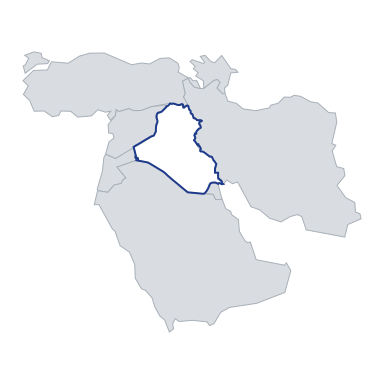 Iraq highlighted among its neighbors
{"feature_id": "IRQ", "entity_name": "Iraq", "entity_type": "country or territory", "adm_level": 0, "iso_a3": "IRQ", "parent_name": "Asia", "parent_adm1": "", "projection": "robinson", "projection_center": [44.579, 33.218], "detail": "fine", "context": "with_neighbors", "style": "outline", "palette": "blue", "viewbox_px": 384, "rotation_deg": 0, "n_neighbors": 7, "source": "natural_earth", "source_scale": "50m", "svg_char_len": 6342}
<svg xmlns="http://www.w3.org/2000/svg" viewBox="0 0 384 384"><path d="M103.9,157.5L105.6,154.1L115.6,158.4L133.8,146.8L137.2,160.0L117.0,167.1L125.9,178.0L122.8,179.9L121.2,183.5L114.2,185.0L107.8,192.3L97.6,190.6L97.3,189.0L102.3,171.6L103.9,157.5Z" fill="#d9dde1" stroke="#a8b0b8" stroke-width="1"/><path d="M217.9,183.8L222.1,199.3L215.5,199.6L213.2,194.4L204.9,193.4L211.7,182.9L217.9,183.8Z" fill="#d9dde1" stroke="#a8b0b8" stroke-width="1"/><path d="M223.3,184.4L218.2,178.6L218.0,172.8L215.1,172.8L216.5,165.0L211.7,156.7L200.5,150.7L194.1,140.4L196.2,131.9L200.8,128.1L200.1,121.8L194.1,118.5L183.4,96.9L185.1,93.6L182.4,81.1L188.4,78.0L189.8,82.1L194.3,87.1L200.5,88.6L203.7,88.3L214.1,80.2L217.4,79.4L220.1,82.6L217.1,88.0L222.7,93.7L224.9,93.1L227.9,101.1L236.5,103.4L242.8,108.8L255.6,110.7L269.6,107.8L270.4,105.3L278.2,103.2L284.3,97.0L290.3,97.3L294.1,95.3L300.5,96.3L310.7,101.8L317.9,103.0L328.7,112.6L335.4,113.0L336.8,122.1L331.8,143.6L335.8,145.2L332.2,151.1L336.7,166.7L343.7,168.5L344.9,175.6L337.0,185.4L345.7,197.7L354.8,202.5L355.5,212.1L360.0,213.8L361.0,218.9L347.8,224.5L344.7,237.1L306.2,229.9L301.8,216.6L297.3,214.6L290.2,216.6L281.0,221.9L269.5,218.2L259.9,209.9L251.0,206.8L237.6,182.0L232.6,183.7L226.7,180.1L223.3,184.4Z" fill="#d9dde1" stroke="#a8b0b8" stroke-width="1"/><path d="M105.6,154.1L109.0,141.9L114.1,137.8L112.7,133.6L108.7,133.0L108.1,124.7L115.4,115.5L116.1,109.4L118.9,111.5L128.9,108.5L133.7,110.6L141.1,110.5L151.5,106.5L166.5,105.0L161.9,111.7L156.9,114.4L157.7,122.3L154.1,135.5L115.6,158.4L105.6,154.1Z" fill="#d9dde1" stroke="#a8b0b8" stroke-width="1"/><path d="M188.3,105.6L184.0,107.4L180.8,104.7L170.4,103.3L151.5,106.5L141.1,110.5L133.7,110.6L128.9,108.5L118.9,111.5L116.1,109.4L115.4,115.5L110.4,120.2L107.3,115.3L110.8,111.2L105.3,112.2L97.8,109.7L91.4,115.9L77.7,117.1L70.7,111.3L61.0,111.0L58.7,115.5L52.4,116.7L44.0,111.0L34.2,111.2L29.6,100.4L23.4,94.4L28.3,85.9L23.0,80.7L33.6,70.4L47.3,70.0L51.5,61.8L68.2,63.2L79.2,56.2L89.6,53.2L104.1,53.0L131.6,64.7L141.9,63.0L149.5,64.0L160.0,58.4L169.3,57.9L177.8,63.2L179.2,67.0L178.4,72.2L188.4,78.0L182.4,81.1L185.1,93.6L183.4,96.9L188.3,105.6ZM24.6,55.3L33.8,51.9L41.2,53.3L42.0,57.5L49.4,60.9L47.6,63.6L37.1,64.2L25.2,73.3L23.2,66.0L25.4,64.8L28.7,58.1L24.6,55.3Z" fill="#d9dde1" stroke="#a8b0b8" stroke-width="1"/><path d="M200.3,56.4L205.0,55.3L211.1,61.8L215.0,62.5L221.7,55.5L231.0,68.8L235.2,69.3L238.0,72.2L230.7,73.0L227.8,85.2L224.6,87.8L224.9,93.1L222.7,93.7L217.1,88.0L220.1,82.6L217.4,79.4L214.1,80.2L203.7,88.3L203.4,80.7L195.7,76.0L198.1,72.6L193.4,68.9L195.2,66.2L190.0,61.5L192.1,59.7L203.5,63.5L204.6,62.2L200.3,56.4ZM200.5,88.6L194.3,87.1L189.8,82.1L188.4,78.0L190.3,77.7L192.9,80.6L196.8,80.6L200.5,88.6Z" fill="#d9dde1" stroke="#a8b0b8" stroke-width="1"/><path d="M97.6,190.6L107.8,192.3L114.2,185.0L121.2,183.5L122.8,179.9L125.9,178.0L117.0,167.1L137.2,160.0L148.2,163.0L161.8,170.6L187.7,192.5L213.2,194.4L215.5,199.6L222.1,199.3L225.8,208.7L230.4,211.2L232.0,215.0L238.4,219.6L239.4,231.4L244.8,240.6L247.7,242.8L250.3,242.0L256.2,259.7L284.5,265.2L286.4,262.9L290.8,270.6L284.9,292.4L256.7,303.3L229.5,307.4L220.7,312.3L213.9,323.8L209.5,325.6L207.1,321.9L192.6,320.3L179.1,321.5L175.2,318.7L172.6,324.1L173.6,328.7L169.4,332.1L164.6,319.9L159.8,316.0L154.8,306.8L152.1,298.0L145.6,290.5L141.4,288.7L135.3,278.3L134.7,264.3L129.5,252.2L120.1,245.7L115.1,231.4L112.4,229.0L98.9,204.6L94.2,204.7L97.6,190.6Z" fill="#d9dde1" stroke="#a8b0b8" stroke-width="1"/><path d="M166.6,106.3L167.5,106.1L169.1,104.8L170.0,103.5L170.3,103.4L171.2,103.8L171.8,103.9L173.2,103.5L174.0,103.7L174.7,104.0L175.1,104.0L177.0,104.8L177.5,104.9L178.4,105.0L179.9,105.0L180.8,104.5L181.4,104.1L181.9,104.1L182.4,104.2L182.7,104.4L183.0,104.7L183.2,105.3L183.1,106.9L183.3,107.3L183.5,107.6L183.9,107.7L184.2,107.3L184.9,106.8L185.8,106.3L186.4,105.7L186.8,105.5L187.3,105.6L187.9,105.7L188.2,105.9L188.2,106.0L188.5,106.8L189.2,109.6L189.7,110.0L190.1,110.3L190.5,110.7L190.6,111.2L190.6,111.8L190.6,112.6L190.8,113.2L191.1,113.6L191.3,113.9L191.7,113.9L192.2,114.0L192.5,114.4L193.5,117.7L193.6,118.1L194.0,118.3L194.7,118.2L195.4,118.6L196.1,119.1L196.9,120.1L197.3,120.2L198.8,120.1L200.9,120.2L201.8,120.8L201.7,121.1L201.0,121.4L199.7,121.8L199.3,122.6L199.1,123.5L199.2,124.0L199.5,124.5L200.4,125.7L200.4,126.1L200.6,126.6L200.8,127.0L200.6,127.8L199.8,128.3L198.7,128.8L196.5,131.3L196.3,131.9L196.3,133.4L196.1,133.8L195.4,133.8L194.9,133.7L194.9,134.2L194.5,134.9L194.3,135.5L195.1,136.9L195.3,137.7L195.2,138.4L194.4,139.6L194.0,140.3L194.1,140.5L194.7,140.8L196.5,143.4L197.1,144.4L197.9,144.1L198.1,144.1L198.4,144.3L198.5,144.6L198.5,145.0L198.3,145.6L199.3,145.8L199.7,146.4L200.8,148.4L200.8,149.0L200.2,150.0L200.2,150.6L200.3,151.2L200.5,151.4L202.2,151.5L202.9,151.7L204.7,152.7L206.7,154.3L208.4,155.6L209.8,156.7L211.3,156.6L211.7,156.8L212.1,157.2L212.5,158.1L213.4,160.2L214.1,160.8L215.3,162.5L216.3,164.0L215.7,166.1L215.0,168.3L215.0,171.1L215.0,172.7L216.5,172.7L218.1,172.8L218.1,174.6L218.1,176.4L218.2,178.5L218.7,178.6L219.4,179.0L219.7,179.7L220.1,180.1L220.6,180.1L221.1,180.5L221.6,181.1L221.8,181.5L221.7,181.8L221.8,182.4L222.1,183.2L222.5,183.5L223.1,184.0L222.3,184.2L221.4,184.0L219.4,183.1L218.8,183.1L217.9,183.4L217.9,183.7L215.8,182.7L215.1,182.5L214.8,182.5L213.6,182.5L211.9,182.7L210.9,183.1L210.2,183.6L209.9,184.0L209.3,185.5L208.7,187.1L208.0,188.6L206.8,190.7L206.1,191.6L204.6,193.4L203.0,193.8L199.2,193.4L195.0,193.0L190.9,192.6L187.8,192.3L187.6,192.2L184.5,189.7L182.1,187.7L179.1,185.2L176.0,182.6L172.9,180.1L170.7,178.2L167.9,175.8L165.5,173.5L163.5,171.8L161.0,170.3L159.0,169.1L156.2,167.4L153.9,166.0L151.9,164.8L148.9,163.0L147.9,162.5L144.8,161.9L141.9,161.3L138.8,160.8L136.8,160.4L138.1,159.1L137.7,158.0L136.8,158.2L135.8,158.5L135.3,156.7L136.0,156.4L135.4,154.1L134.8,151.6L134.2,149.3L133.6,146.9L136.2,145.3L138.2,144.2L140.9,142.6L143.5,141.0L146.0,139.5L148.7,137.9L151.2,136.4L153.4,135.8L153.9,135.4L154.9,133.4L155.8,131.7L155.9,131.3L155.9,128.9L156.1,126.0L156.4,124.5L156.9,123.2L157.4,122.2L157.4,121.3L157.4,120.4L156.9,119.0L156.5,117.5L156.5,116.1L156.6,115.3L157.0,114.1L157.5,113.3L158.1,112.7L160.2,112.2L161.4,111.8L163.1,110.3L164.1,109.3L165.5,107.9L166.5,106.8L166.6,106.4L166.6,106.3Z" fill="none" stroke="#1e3a8a" stroke-width="2"/></svg>